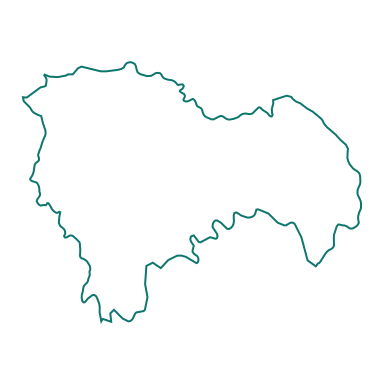 outline of Guadalajara
{"feature_id": "ESP-5822", "entity_name": "Guadalajara", "entity_type": "Autonomous Community", "adm_level": 1, "iso_a3": "ESP", "parent_name": "Spain", "parent_adm1": "", "projection": "albers", "projection_center": [-2.665, 40.739], "detail": "fine", "context": "isolated", "style": "outline", "palette": "teal", "viewbox_px": 384, "rotation_deg": 0, "n_neighbors": 0, "source": "natural_earth", "source_scale": "10m", "svg_char_len": 4785}
<svg xmlns="http://www.w3.org/2000/svg" viewBox="0 0 384 384"><path d="M285.9,225.4L284.1,225.3L277.7,222.7L268.4,213.5L258.3,209.4L256.4,209.6L255.2,213.6L254.3,215.2L253.0,216.4L250.1,217.5L247.1,217.5L241.4,215.6L236.6,212.5L234.4,213.0L233.7,215.4L233.9,221.4L233.5,224.0L232.4,226.3L230.8,228.0L228.9,229.0L227.1,228.8L221.0,222.8L217.2,220.5L215.3,220.5L214.1,221.5L213.1,223.2L212.6,225.3L212.7,227.3L217.1,234.0L217.5,236.4L216.9,238.2L215.8,238.8L210.0,237.2L200.6,242.3L199.5,242.2L198.4,241.6L193.8,235.4L191.5,236.2L190.8,236.9L190.3,239.3L191.0,241.6L193.7,245.5L193.6,246.5L192.6,250.4L192.6,251.9L193.9,253.7L197.2,256.1L198.2,257.9L198.4,259.1L198.4,260.6L198.0,261.9L197.3,262.8L196.4,263.1L185.8,256.8L181.3,255.6L177.1,255.7L168.2,260.1L160.8,268.1L152.8,262.7L146.4,265.9L145.1,284.1L147.5,297.2L144.9,309.8L143.6,311.1L136.4,312.4L135.1,313.6L133.2,318.0L131.9,319.8L130.4,321.0L128.5,321.4L122.7,318.6L114.0,309.8L110.3,313.4L111.2,321.8L102.8,318.9L101.3,321.3L99.6,312.3L99.7,307.8L99.6,305.7L99.0,303.1L97.5,299.1L96.1,296.2L94.1,294.9L92.5,295.1L88.1,298.4L86.9,299.7L85.9,301.1L84.6,302.3L83.4,302.3L82.1,300.7L81.7,297.5L81.8,295.2L82.3,293.1L82.9,291.1L83.1,289.1L83.6,286.7L84.6,285.1L87.0,282.7L87.8,281.4L88.1,280.2L88.3,279.1L89.0,277.1L89.5,276.1L89.7,275.1L89.7,274.0L89.5,271.9L89.6,271.1L90.1,270.2L90.3,268.4L89.8,265.9L87.2,261.6L85.2,259.9L83.3,258.8L81.8,258.4L80.6,257.5L80.0,256.0L80.3,249.7L79.9,245.2L79.9,244.4L79.8,243.4L79.3,242.0L75.8,238.5L74.5,237.5L73.3,236.3L71.9,235.6L70.4,235.4L69.3,235.8L68.2,236.4L67.1,237.2L66.2,237.4L65.0,237.5L64.4,236.9L64.1,236.2L64.4,235.2L64.8,234.6L65.1,233.9L65.3,232.9L64.9,231.1L64.4,229.6L62.1,227.4L60.6,226.4L59.7,224.9L58.9,223.0L59.3,217.0L60.3,212.3L59.2,211.8L58.3,212.4L57.1,212.9L55.8,212.6L54.0,211.4L52.1,209.4L49.8,205.1L48.4,203.2L47.2,203.2L46.6,204.4L45.8,205.2L43.4,205.0L40.8,205.6L39.5,205.0L38.3,203.9L37.3,202.6L36.7,201.2L37.3,199.3L39.4,196.4L40.0,195.0L40.0,193.3L39.4,191.7L39.3,188.7L38.9,186.4L37.8,184.0L36.7,182.6L31.8,181.0L30.6,180.2L30.2,179.4L30.2,178.6L30.8,177.9L31.4,177.0L32.5,174.9L33.4,172.7L33.7,171.3L34.7,164.9L35.2,163.8L35.8,163.0L36.6,162.4L37.3,162.0L38.3,161.1L39.0,160.0L38.9,157.7L38.1,155.8L38.3,154.0L38.9,152.5L39.5,150.4L40.3,148.8L40.9,147.1L42.4,142.0L43.1,140.4L43.7,138.7L45.1,135.8L45.6,133.7L45.5,130.7L43.1,123.8L41.2,116.1L39.6,115.5L38.4,115.1L34.5,113.1L33.2,112.2L31.7,110.5L30.0,107.5L23.7,101.1L23.0,97.2L26.0,97.6L27.4,97.1L40.5,87.4L44.3,86.5L45.7,85.9L46.1,84.1L46.6,80.6L46.5,79.1L45.8,77.6L44.9,76.3L44.3,75.3L44.8,74.6L49.4,76.6L57.7,77.1L65.9,75.6L67.8,74.4L72.9,74.3L77.8,68.4L81.4,66.6L100.6,71.3L106.4,71.3L117.6,69.9L121.3,69.0L124.0,67.3L124.5,65.9L125.4,64.7L126.3,63.5L127.8,62.7L129.7,62.2L131.8,62.4L134.7,63.9L135.6,65.5L136.1,67.1L136.4,68.8L137.4,71.9L138.7,73.2L140.7,74.3L147.0,76.1L151.2,75.8L153.0,74.8L154.6,73.7L156.1,73.0L157.8,72.9L160.1,73.2L161.4,74.7L162.2,76.3L163.2,77.7L165.1,78.8L168.1,79.7L172.2,80.3L174.9,81.7L176.2,83.1L177.2,84.4L178.4,85.0L179.9,84.6L181.5,84.4L182.8,84.5L183.8,86.0L183.4,87.2L182.6,88.6L180.1,90.4L179.8,91.3L181.1,92.4L184.0,94.0L184.9,95.6L184.8,97.0L183.4,99.5L183.8,100.6L185.2,101.4L187.0,101.5L189.7,100.5L191.4,99.5L192.9,98.9L194.4,100.0L195.3,101.4L196.0,103.0L196.3,104.4L196.9,105.5L197.3,106.2L198.2,106.8L200.3,107.8L201.4,108.6L202.1,109.9L203.0,113.1L203.7,114.7L204.9,116.2L206.7,117.3L211.3,119.3L213.5,119.4L219.0,116.6L221.0,115.9L223.1,116.5L224.4,117.6L227.3,119.3L229.6,119.6L233.8,118.8L236.3,117.9L238.5,116.9L240.4,115.2L242.4,114.0L245.4,113.5L249.2,114.1L250.8,114.0L252.4,113.5L257.8,108.2L259.1,107.3L260.5,107.7L261.5,108.9L262.7,110.0L266.8,112.6L268.0,113.7L268.9,115.0L269.9,116.0L271.2,116.5L272.2,115.9L272.6,114.7L272.1,113.3L271.8,109.1L273.3,103.4L273.1,100.1L286.7,95.7L291.3,96.9L292.3,98.4L294.0,100.0L296.1,101.6L300.3,103.3L307.2,108.6L312.8,111.7L321.2,118.7L322.3,120.1L323.1,121.5L323.7,123.0L324.7,124.5L327.1,127.3L336.2,135.1L337.3,136.5L339.0,138.2L340.1,139.6L346.0,144.8L348.0,149.0L347.7,150.9L347.4,158.1L348.3,161.4L349.7,164.3L351.0,166.0L353.3,168.7L357.8,171.7L359.3,173.4L359.9,175.1L360.2,177.1L360.4,182.4L359.9,184.5L358.4,187.9L357.7,189.7L357.5,191.7L357.5,193.9L358.2,195.9L359.2,197.8L360.5,200.7L361.0,203.0L361.0,207.7L360.5,209.5L359.1,212.5L358.2,216.0L358.1,218.6L358.8,222.9L358.1,224.2L357.1,225.6L355.7,226.7L352.9,228.4L351.4,228.6L349.9,228.4L348.5,227.6L347.2,226.6L344.4,225.4L342.8,225.4L338.6,224.4L337.5,225.3L336.6,226.7L334.0,234.9L333.8,237.9L334.0,245.8L333.0,247.6L331.6,248.8L328.5,250.4L327.0,251.7L325.5,253.5L320.1,262.0L318.9,263.2L317.9,263.5L315.8,266.3L307.6,260.4L301.4,237.3L294.8,224.1L293.0,222.7L290.5,222.7L285.9,225.4Z" fill="none" stroke="#0f766e" stroke-width="2"/></svg>